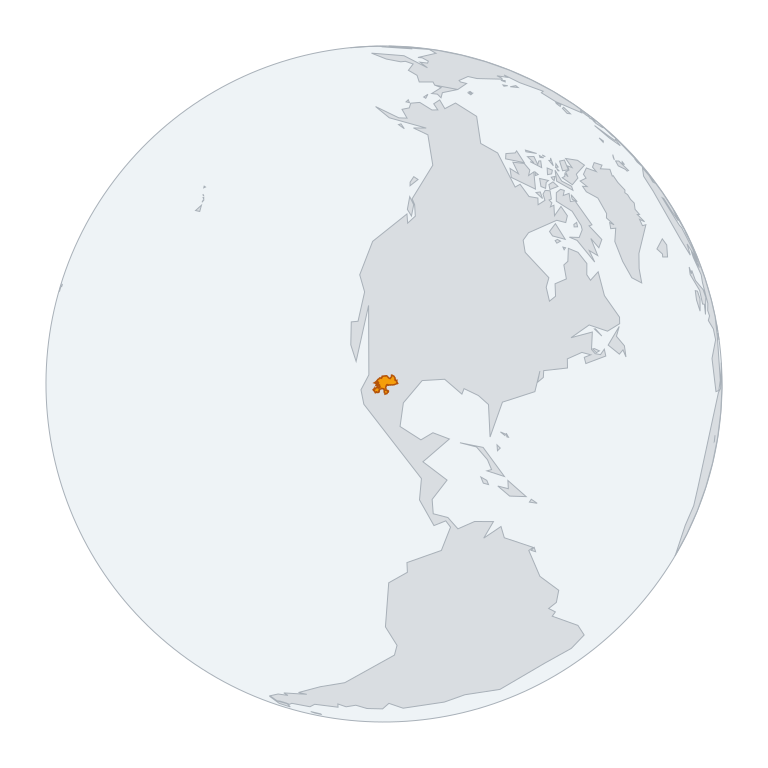 the Earth from above Zacatecas, rotated 37°
{"feature_id": "MEX-2713", "entity_name": "Zacatecas", "entity_type": "State", "adm_level": 1, "iso_a3": "MEX", "parent_name": "Mexico", "parent_adm1": "", "projection": "orthographic", "projection_center": [-102.796, 23.104], "detail": "fine", "context": "on_globe", "style": "filled", "palette": "amber", "viewbox_px": 768, "rotation_deg": 37, "n_neighbors": 0, "source": "natural_earth", "source_scale": "10m", "svg_char_len": 13420}
<svg xmlns="http://www.w3.org/2000/svg" viewBox="0 0 768 768"><g transform="rotate(37 384 384)"><circle cx="384" cy="384" r="338" fill="#eef3f6" stroke="#a8b0b8"/><path d="M67.3,498.2L68.1,500.6L67.3,498.2ZM523.3,458.3L515.7,456.1L509.1,467.0L482.1,455.2L470.8,437.0L380.1,412.3L369.1,402.5L366.4,385.8L324.4,330.5L348.1,382.7L333.9,372.7L320.5,354.1L325.5,349.5L313.1,322.1L298.9,311.4L289.1,276.9L300.0,234.4L306.1,241.3L308.0,231.1L300.5,222.3L295.0,219.2L291.3,179.9L269.1,158.6L253.4,161.8L263.7,154.2L228.0,168.2L210.3,167.5L235.7,162.5L242.4,157.8L233.1,153.8L238.0,148.3L236.4,143.6L243.1,137.6L257.4,136.3L262.0,132.7L255.1,130.3L257.5,123.6L266.9,127.5L272.0,116.6L296.9,114.5L316.5,133.7L335.7,131.1L370.2,147.8L372.5,142.6L387.0,147.0L395.0,142.9L399.2,148.1L402.0,140.5L396.7,136.6L396.2,132.3L400.4,129.8L406.4,135.6L405.1,137.7L409.1,138.3L410.3,142.4L412.1,139.0L418.9,147.0L418.5,135.7L429.2,139.3L432.0,145.7L423.4,149.3L408.4,176.2L408.6,185.4L417.5,193.9L451.7,199.9L455.3,209.1L466.3,218.3L468.2,210.7L460.3,201.0L466.4,190.3L456.0,180.7L457.0,175.4L449.6,164.7L459.7,162.1L473.5,165.7L480.2,174.7L486.5,176.9L487.5,165.5L506.9,180.8L531.9,188.9L535.9,194.0L530.7,207.3L512.3,213.4L505.5,234.5L519.1,217.1L528.9,231.5L534.4,232.7L539.2,230.2L539.0,223.6L544.3,228.2L532.9,246.2L527.9,242.2L531.6,236.2L523.0,239.7L515.3,253.6L520.9,260.8L503.5,277.2L507.3,282.9L505.6,290.2L500.7,279.8L509.1,299.3L489.5,327.2L500.6,362.5L479.8,337.5L466.3,336.4L450.7,339.5L452.3,345.2L429.6,343.7L412.4,358.3L410.8,387.4L422.4,408.3L447.1,406.4L452.4,393.5L469.3,388.6L461.9,422.7L492.2,422.8L491.9,447.2L501.4,458.0L515.4,452.2L530.2,455.2L539.1,439.3L554.2,428.0L556.4,447.1L563.2,427.4L572.6,434.4L601.5,424.7L599.8,429.8L624.3,443.8L647.7,443.6L653.1,454.7L650.6,464.2L658.0,462.9L658.1,468.2L684.2,460.1L694.9,464.0L692.7,482.4L680.2,510.6L660.4,558.1L635.6,583.5L623.6,601.7L594.4,631.4L580.1,636.1L578.4,644.3L565.7,653.4L554.8,657.5L548.0,664.6L539.7,667.3L541.8,669.8L521.4,681.5L519.1,686.3L502.5,694.5L501.3,696.7L497.6,697.7L491.9,699.8L489.1,701.4L480.6,701.6L486.0,695.3L494.7,690.5L489.9,691.0L509.1,678.3L501.4,681.8L515.4,664.0L532.4,646.2L555.5,594.2L551.7,584.9L531.3,577.1L507.4,539.9L516.0,520.3L509.8,512.8L530.0,482.4L523.3,458.3ZM129.1,358.9L130.6,351.1L133.0,357.1L129.1,358.9ZM129.4,345.6L129.3,348.4L128.9,345.9L129.4,345.6ZM127.7,343.4L128.9,345.0L127.2,343.9L127.7,343.4ZM125.1,341.3L126.6,342.1L126.3,342.3L125.1,341.3ZM501.3,375.0L535.8,385.4L518.5,391.4L521.4,387.6L512.2,382.2L495.8,378.6L480.0,385.2L501.3,375.0ZM122.0,335.8L121.3,334.2L122.9,334.1L122.0,335.8ZM511.6,352.4L505.8,352.2L511.2,350.9L511.6,352.4ZM291.8,218.9L299.8,222.9L304.8,233.3L297.6,230.5L291.8,218.9ZM283.0,200.5L288.1,200.2L285.5,210.0L283.4,207.1L283.0,200.5ZM241.0,166.0L246.6,167.9L239.5,168.1L241.0,166.0ZM235.0,144.0L231.8,145.4L232.3,142.4L235.0,144.0ZM444.5,167.0L447.0,165.9L447.1,168.4L444.5,167.0ZM439.0,163.7L437.3,167.5L434.4,166.5L435.5,164.2L439.0,163.7ZM243.0,130.9L244.7,126.2L245.4,130.7L243.0,130.9ZM441.7,159.4L429.5,164.3L424.4,162.6L424.4,152.8L441.7,159.4ZM247.3,123.3L251.3,112.9L244.6,114.8L265.7,104.4L255.3,116.2L257.3,121.1L252.2,120.4L247.3,123.3ZM393.2,136.6L399.0,140.5L390.2,139.6L393.2,136.6ZM387.7,137.2L361.4,142.4L354.9,136.0L365.0,135.2L353.5,129.3L363.2,123.5L371.7,125.4L374.0,130.5L376.0,124.5L387.7,137.2ZM276.7,100.9L279.8,98.5L279.3,100.8L276.7,100.9ZM395.3,130.5L390.5,131.8L384.6,126.2L392.9,122.5L392.2,125.4L395.3,130.5ZM345.6,131.0L342.7,126.6L349.7,120.5L349.6,118.0L362.8,122.8L345.6,131.0ZM395.7,125.5L397.3,120.9L404.0,121.5L399.5,128.8L395.7,125.5ZM379.5,126.4L377.0,123.7L381.1,123.9L379.5,126.4ZM428.6,122.1L423.1,123.2L419.5,120.2L428.6,122.1ZM397.5,119.2L395.2,119.0L393.1,118.2L395.6,115.4L397.5,119.2ZM366.9,118.5L370.5,117.1L361.8,116.1L366.8,112.1L374.7,116.2L373.4,112.7L374.9,111.5L379.7,116.3L366.9,118.5ZM391.9,110.3L403.8,115.0L414.8,113.2L418.3,115.6L399.9,118.1L391.9,110.3ZM384.3,113.3L389.8,111.9L391.4,115.3L388.6,118.4L384.3,113.3ZM367.2,108.0L357.6,113.1L356.2,112.1L367.2,108.0ZM394.8,109.0L391.9,107.9L395.4,108.4L394.8,109.0ZM375.4,107.3L372.2,109.2L370.6,108.0L375.4,107.3ZM388.7,104.6L392.5,105.9L390.8,107.9L388.7,104.6ZM382.4,105.3L381.0,103.2L387.9,107.8L381.2,106.2L382.4,105.3ZM374.4,105.9L372.5,105.8L376.0,105.3L374.4,105.9ZM393.3,96.6L402.3,102.0L398.3,106.2L390.1,100.3L393.3,96.6ZM492.5,702.1L480.3,702.3L488.2,701.9L499.2,697.6L503.5,698.3L492.5,702.1ZM522.6,689.7L532.1,685.5L532.7,685.7L526.3,688.6L522.6,689.7ZM596.1,120.9L596.2,121.1L609.7,132.5L608.5,131.6L621.4,145.2L650.4,178.7L655.3,187.7L653.7,190.3L630.6,166.2L622.2,149.1L613.9,141.8L604.8,138.1L603.0,133.7L598.3,130.5L594.1,124.7L577.5,111.5L571.6,105.9L554.9,96.8L549.6,93.1L561.0,99.2L565.8,101.2L549.9,89.8L543.8,86.4L534.2,81.8L531.0,79.9L523.8,77.0L509.6,70.5L520.8,76.5L509.9,72.9L495.8,67.5L494.2,67.8L517.1,76.7L524.5,79.5L527.6,80.0L549.3,90.5L557.0,95.5L541.8,89.8L551.1,96.8L535.2,90.6L482.9,68.0L466.3,61.8L460.4,55.9L470.2,58.0L477.1,60.9L480.1,60.4L475.4,59.3L472.7,58.2L461.6,55.7L459.2,54.9L452.6,54.4L448.4,53.2L452.6,53.5L432.6,50.2L421.1,48.4L417.7,48.2L417.4,48.4L403.1,46.7L401.2,46.7L405.2,47.2L404.0,47.7L396.5,48.3L391.9,47.7L394.1,47.3L391.7,46.3L396.5,46.3L420.6,48.1L444.4,51.5L467.9,56.7L491.0,63.5L513.6,71.9L535.5,81.9L556.6,93.5L576.8,106.5L596.1,120.9ZM392.6,46.2L388.8,46.2L391.7,47.3L388.4,47.9L385.6,47.0L386.4,47.4L383.3,47.6L376.1,47.4L378.5,48.5L351.1,55.2L334.4,56.7L334.9,54.4L311.0,61.7L293.9,64.9L297.7,65.0L288.7,69.9L293.9,68.9L295.0,69.4L274.4,84.1L266.0,87.9L261.3,96.4L263.2,96.8L269.1,94.3L265.7,104.4L244.6,114.8L241.4,113.3L230.4,121.6L224.6,117.6L214.7,118.8L214.7,110.9L206.9,113.4L203.5,116.6L190.2,123.1L174.9,127.3L202.4,109.8L228.4,105.3L219.1,105.3L225.7,101.5L225.1,99.5L218.2,100.5L214.6,102.8L226.5,88.6L218.7,89.6L208.3,96.4L197.7,102.9L184.4,111.3L204.9,97.5L226.2,85.2L248.5,74.5L271.4,65.4L295.0,58.0L319.0,52.4L343.3,48.5L367.9,46.5L392.6,46.2ZM719.8,346.2L719.4,344.4L709.7,315.8L704.6,294.8L696.7,277.1L656.2,189.5L655.5,185.0L640.5,164.0L656.2,183.7L670.3,204.5L682.9,226.4L693.8,249.1L703.0,272.6L710.5,296.7L716.1,321.3L719.8,346.2ZM679.2,225.7L682.5,231.2L682.5,231.3L679.2,225.7ZM602.3,424.1L606.0,426.7L601.6,428.3L602.3,424.1ZM517.3,400.0L524.1,399.1L528.0,401.4L523.0,403.4L517.3,400.0ZM571.0,387.4L578.1,387.1L571.2,390.8L571.0,387.4ZM541.0,386.5L565.3,388.4L551.8,397.9L536.3,397.0L546.3,392.8L541.0,386.5ZM510.9,364.6L515.4,365.2L514.8,369.0L510.9,364.6ZM515.5,351.6L514.0,352.3L511.2,349.7L515.5,351.6ZM529.6,230.4L530.7,229.1L536.1,227.9L534.7,231.2L529.6,230.4ZM553.0,208.8L561.0,216.8L554.3,212.9L554.0,218.5L539.6,218.0L537.2,196.5L540.9,206.0L553.0,208.8ZM519.7,212.7L529.1,214.6L518.9,213.4L519.7,212.7ZM576.4,122.1L578.5,121.2L585.2,125.9L592.6,135.6L582.9,128.7L576.4,122.1ZM579.8,119.3L562.6,112.3L557.3,106.9L563.2,110.9L561.4,108.0L570.4,113.9L582.1,116.6L588.8,121.1L598.9,135.0L591.9,127.5L590.3,128.4L579.8,119.3ZM528.2,112.6L520.7,111.9L518.9,100.6L526.1,102.8L534.0,111.9L530.1,114.8L528.2,112.6ZM444.0,142.0L441.3,144.1L439.6,142.3L440.6,139.0L444.0,142.0ZM426.3,122.8L454.3,131.7L452.6,134.3L471.0,137.5L473.6,145.9L461.6,143.3L477.4,152.8L467.6,153.9L478.9,159.8L451.8,153.1L443.6,155.2L451.7,149.5L449.5,141.6L446.1,138.8L430.3,132.8L411.6,134.3L406.5,127.5L407.8,122.3L411.5,120.9L413.7,125.6L417.1,120.4L423.1,126.1L426.3,122.8ZM426.4,78.0L427.3,81.9L435.2,76.6L441.2,80.6L441.7,79.7L449.4,82.3L459.7,84.1L461.2,86.3L464.6,86.2L469.8,88.2L474.9,88.9L479.4,93.4L486.0,94.8L484.3,96.2L494.5,97.6L489.0,98.7L495.1,102.0L497.3,99.2L509.0,126.3L518.3,138.3L529.0,148.2L518.0,150.0L500.9,142.5L482.6,131.3L475.3,120.1L471.6,123.5L467.1,119.3L471.9,118.4L461.7,117.5L459.2,113.9L442.9,106.8L429.9,108.7L423.6,106.6L427.4,104.1L418.5,103.8L421.5,98.0L417.1,96.5L415.6,89.7L425.7,86.6L420.0,85.3L418.6,80.7L426.4,78.0ZM393.3,94.6L403.9,88.9L412.4,88.6L411.3,100.7L414.9,102.8L414.5,111.5L402.2,112.0L403.4,109.4L401.8,107.0L406.3,107.7L401.4,105.4L403.0,101.9L399.6,99.3L404.0,98.0L393.3,94.6ZM625.1,147.2L622.3,144.5L619.9,142.1L625.1,147.2ZM612.8,135.4L619.0,141.2L617.0,139.3L612.8,135.4ZM558.0,97.0L554.5,94.5L556.3,95.3L560.7,97.9L558.0,97.0ZM450.8,66.3L450.0,67.7L447.7,67.3L439.8,68.8L434.7,66.5L437.4,64.6L450.8,66.3ZM444.0,64.0L441.3,64.7L440.4,63.1L444.0,64.0ZM430.5,64.9L428.6,63.1L433.1,66.4L430.5,64.9ZM396.6,50.9L413.3,50.8L422.0,50.5L421.6,49.4L429.3,51.5L416.0,51.9L396.6,50.9ZM357.2,54.4L357.7,56.3L352.8,56.3L352.0,55.9L357.2,54.4ZM360.9,54.9L370.3,56.0L367.5,57.7L360.6,56.5L360.9,54.9ZM407.7,58.0L413.0,57.9L413.6,59.1L407.7,58.0ZM66.9,499.8L69.2,505.6L68.0,503.2L66.9,499.8ZM68.1,500.7L66.6,498.1L67.3,498.2L68.1,500.7ZM168.9,123.4L170.0,122.5L159.9,131.3L155.3,135.3L154.9,135.6L168.9,123.4ZM169.6,123.0L174.9,118.6L201.8,100.6L204.9,99.3L179.2,116.1L182.8,113.1L177.9,116.4L169.6,123.0ZM276.7,98.5L279.5,98.5L275.8,100.1L276.7,98.5ZM298.1,68.8L299.0,69.8L294.6,71.1L298.1,68.8ZM299.0,73.6L303.3,71.3L300.6,74.0L299.0,73.6ZM312.7,66.5L305.9,70.6L309.7,66.4L312.7,66.5Z" fill="#d9dde1" stroke="#a8b0b8" stroke-width="1"/><path d="M394.6,375.3L394.4,375.7L394.3,375.9L394.0,376.1L393.8,376.3L393.6,376.7L393.0,377.6L392.8,378.0L392.5,378.5L392.4,378.7L392.1,378.8L391.9,379.0L391.5,379.4L391.3,379.7L390.8,380.0L390.3,380.3L390.1,380.4L389.9,380.6L389.8,380.9L389.7,381.0L389.4,381.0L389.2,381.2L389.1,381.3L388.9,381.5L388.6,381.9L388.5,382.1L388.3,382.2L388.1,382.4L387.9,382.5L387.7,382.6L387.6,382.4L387.6,382.2L387.3,382.2L387.2,382.3L387.1,382.8L387.1,383.0L386.9,383.0L386.7,383.0L386.7,383.3L386.9,383.4L386.9,383.5L387.1,384.0L387.1,384.3L386.9,384.6L387.0,384.7L387.2,385.2L387.3,385.5L387.5,385.8L387.7,386.0L388.2,386.5L388.3,386.6L388.6,386.7L388.8,386.9L389.0,387.4L389.2,387.6L389.4,387.8L389.5,387.8L389.8,387.8L390.0,387.6L390.4,387.5L390.5,387.4L390.6,387.0L390.8,386.9L391.0,386.9L391.7,386.9L391.8,386.9L391.9,387.0L392.1,387.6L392.2,387.8L391.9,387.9L391.8,388.0L391.7,388.2L391.7,388.3L392.0,389.1L392.1,389.9L392.0,390.0L391.0,391.4L390.9,391.2L390.7,391.2L390.4,390.9L390.2,390.7L389.8,390.7L389.6,390.7L389.3,390.4L389.2,390.4L389.1,390.2L388.9,390.0L388.7,389.9L388.4,389.6L388.4,389.2L388.4,388.9L388.0,388.8L387.9,388.8L387.8,388.6L387.7,388.6L387.5,388.4L387.4,388.3L387.2,388.4L387.0,388.2L386.9,387.9L386.7,387.9L386.5,388.1L386.4,388.2L386.2,388.3L385.9,388.4L385.8,388.6L385.7,388.6L385.2,388.7L384.8,388.8L384.7,389.0L384.8,389.3L384.7,389.6L384.4,389.9L384.3,390.0L384.0,390.5L383.8,390.8L383.7,391.0L383.7,391.4L383.7,391.6L383.8,391.8L384.2,392.0L384.1,392.6L384.1,392.8L384.5,393.0L384.8,393.0L384.9,393.3L384.8,393.5L384.6,394.1L384.3,394.2L384.2,394.4L384.1,394.6L383.9,394.7L384.0,394.5L383.9,394.4L383.7,394.5L383.3,394.7L383.2,394.8L382.7,394.7L382.6,394.8L382.6,395.2L382.6,395.7L382.6,396.0L382.4,396.2L382.1,396.0L381.8,396.0L381.6,395.9L380.8,395.5L380.7,395.4L380.4,395.5L380.3,395.4L380.1,395.2L379.6,395.3L379.5,395.2L379.4,395.2L379.4,394.9L379.2,394.9L378.8,395.0L378.8,394.6L379.0,394.4L379.0,394.1L379.0,393.9L379.0,393.7L378.9,393.3L379.2,393.5L379.3,393.5L379.5,393.3L379.6,393.1L379.8,393.0L379.9,392.9L380.0,392.9L380.0,392.7L380.0,392.3L380.0,392.1L380.0,391.9L379.9,391.7L380.0,391.6L380.1,391.4L380.7,390.9L380.8,390.9L381.0,390.9L381.3,390.6L381.6,390.6L381.8,390.6L382.0,390.6L382.1,390.4L382.2,390.2L382.3,390.1L382.4,389.9L382.3,389.7L382.2,389.7L382.4,389.4L382.5,389.4L382.6,389.0L382.7,388.9L382.6,388.7L382.4,388.7L382.2,388.5L381.9,388.6L381.9,388.3L381.5,388.0L381.2,387.8L380.9,387.5L380.7,387.7L380.6,388.0L380.7,388.3L380.9,388.3L380.8,388.6L380.7,388.7L380.7,388.9L380.7,389.0L380.4,389.1L380.2,389.7L380.2,389.8L380.1,389.7L379.8,389.6L379.7,389.6L379.6,389.8L379.4,389.8L379.2,389.7L379.3,389.2L379.2,388.9L379.2,388.7L379.3,387.9L379.4,387.7L379.6,387.6L379.6,387.4L379.4,387.3L379.4,387.2L379.0,387.0L378.9,386.9L378.9,387.0L378.7,387.2L378.7,387.5L378.6,388.0L378.2,389.4L378.1,389.1L378.0,388.8L378.0,388.6L378.2,388.2L378.1,387.8L378.1,387.7L378.3,387.5L378.3,387.4L378.2,387.2L378.3,387.1L378.5,387.0L378.6,386.8L378.6,386.6L378.7,386.2L377.5,385.9L377.5,387.1L377.8,387.4L377.8,387.5L377.7,388.2L377.7,388.3L377.3,388.4L376.7,388.5L375.6,388.9L375.7,388.7L376.1,387.4L376.3,386.7L376.3,386.4L376.4,385.2L376.4,383.9L376.5,383.7L376.8,383.3L376.9,382.0L376.9,381.9L377.0,381.9L377.6,381.5L377.7,381.3L377.8,381.2L377.9,380.9L377.9,380.7L378.1,380.7L378.3,380.8L378.5,380.8L378.5,380.6L378.5,380.4L378.2,380.2L378.3,379.8L378.3,379.7L378.2,379.5L378.1,379.3L378.0,379.1L378.4,379.0L378.4,378.8L378.4,378.7L378.4,378.4L378.4,378.2L378.6,378.1L379.1,377.9L379.3,377.7L379.6,377.3L379.7,377.1L379.8,377.0L380.1,376.9L380.1,376.7L380.3,376.6L380.5,376.6L380.7,376.3L380.8,376.2L381.1,375.9L381.4,375.9L381.6,375.8L383.5,376.2L384.0,376.3L384.5,376.3L384.9,376.1L385.2,376.1L385.6,376.0L385.6,375.9L385.6,373.9L385.6,373.6L385.4,373.4L385.1,373.0L385.0,372.9L384.8,372.5L384.7,372.4L384.8,372.2L385.0,372.1L386.7,371.9L387.2,371.8L387.3,371.9L389.0,372.4L389.1,372.5L389.4,373.0L389.5,373.2L389.7,373.3L389.9,373.3L390.2,373.3L390.3,373.4L390.4,373.5L390.5,373.6L390.5,373.9L390.3,373.9L390.1,373.8L390.2,374.1L390.3,374.2L391.1,374.3L391.3,374.2L391.8,373.7L391.8,373.9L392.2,373.8L392.4,373.8L392.6,374.0L392.8,374.3L393.0,374.7L393.1,374.9L393.3,375.0L393.5,375.1L393.9,375.1L394.0,375.0L394.6,375.3Z" fill="#f59e0b" stroke="#b45309" stroke-width="1.5"/></g></svg>